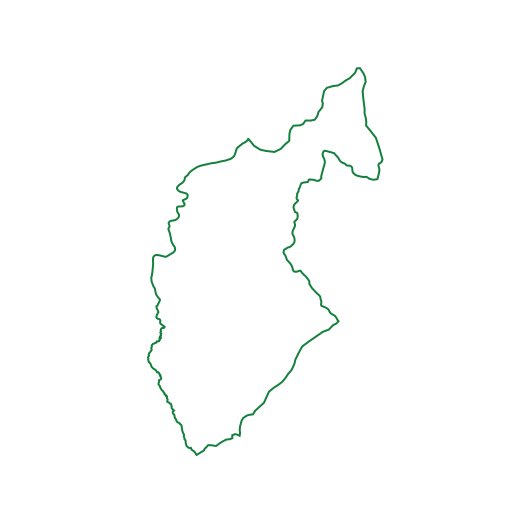 outline of Guatapé, Antioquia, Colombia, rotated 14°
{"feature_id": "7082276B10877531566234", "entity_name": "Guatapé", "entity_type": "district", "adm_level": 2, "iso_a3": "COL", "parent_name": "Colombia", "parent_adm1": "Antioquia", "projection": "orthographic", "projection_center": [-75.163, 6.253], "detail": "fine", "context": "isolated", "style": "outline", "palette": "green", "viewbox_px": 512, "rotation_deg": 14, "n_neighbors": 0, "source": "geoboundaries", "source_scale": "gbopen_adm2", "svg_char_len": 6130}
<svg xmlns="http://www.w3.org/2000/svg" viewBox="0 0 512 512"><g transform="rotate(14 256 256)"><path d="M355.4,131.7L349.3,121.1L343.7,112.3L337.3,107.3L331.2,102.7L330.7,99.7L329.2,95.6L326.9,91.6L325.8,87.0L322.2,77.7L319.6,70.4L319.6,65.0L320.3,60.5L318.5,55.9L316.2,52.9L311.4,48.6L308.4,49.6L307.9,54.2L303.9,60.8L300.4,64.2L297.7,67.5L294.4,70.6L289.4,72.6L284.1,75.7L282.2,79.5L282.5,89.4L284.0,91.9L284.3,95.7L281.8,101.1L281.6,105.4L280.1,109.5L276.4,111.3L271.3,112.6L269.8,116.4L267.3,118.5L260.8,120.5L258.8,125.4L258.9,129.4L260.4,136.3L257.2,140.6L254.2,146.0L248.7,150.6L240.6,151.6L234.8,151.9L227.3,149.5L223.5,146.5L220.3,144.3L220.1,144.3L219.8,145.7L219.4,146.4L217.6,148.6L215.9,150.0L215.2,150.9L211.7,155.5L211.3,156.5L211.0,162.1L210.8,163.3L210.2,165.1L209.3,166.3L207.9,167.9L203.5,170.7L199.7,172.4L194.4,175.2L190.5,176.7L182.1,180.9L180.3,181.9L177.6,183.7L173.6,187.9L171.9,190.1L171.2,191.3L170.2,194.0L168.3,196.5L168.1,197.3L168.2,199.8L167.8,201.0L166.9,202.7L164.5,205.3L163.1,207.7L162.9,208.5L163.0,209.8L164.4,211.1L165.8,211.8L167.1,212.0L173.1,212.2L174.5,212.8L175.0,213.4L175.2,215.6L175.0,216.5L174.6,217.2L171.6,219.5L171.5,219.9L174.2,223.0L174.2,224.0L173.5,225.1L172.9,225.5L168.4,226.9L167.7,227.7L167.6,228.7L168.7,231.7L169.7,233.0L171.1,234.3L171.4,234.9L171.6,235.7L171.6,236.6L171.2,237.9L170.6,239.0L168.9,240.7L167.8,241.3L166.0,242.0L164.4,242.8L163.6,243.9L163.3,244.9L163.4,245.6L164.9,247.9L165.0,248.4L164.4,250.4L164.6,251.3L167.0,254.9L170.8,262.9L172.8,265.1L175.1,267.2L175.7,268.4L176.0,270.1L175.6,271.5L174.8,272.7L169.1,278.4L167.9,278.7L162.2,278.7L159.5,279.0L158.8,279.3L158.1,279.6L156.9,281.0L156.6,281.9L156.7,282.9L157.3,286.3L158.0,287.9L159.2,295.5L159.6,299.2L159.7,302.8L161.0,306.2L163.5,309.8L165.8,312.1L167.6,316.1L168.4,317.4L170.1,319.1L171.7,320.3L172.7,320.9L173.4,321.6L173.3,323.9L172.5,326.6L172.5,327.8L171.5,328.8L172.6,331.3L173.4,332.0L174.9,334.1L174.1,336.9L174.1,339.4L174.9,340.3L175.8,340.6L177.7,340.7L178.1,340.9L178.8,341.7L179.1,344.1L179.3,344.3L180.3,345.0L183.4,346.4L184.3,346.6L184.5,346.9L184.4,347.6L184.1,348.0L182.6,348.5L181.9,349.0L181.6,349.5L181.5,350.3L181.5,351.3L182.1,352.0L181.7,353.4L182.0,353.8L182.9,354.3L182.9,354.5L182.6,355.1L182.6,355.6L183.0,356.0L183.1,356.5L182.4,357.2L182.2,357.8L182.4,358.1L183.3,358.2L183.6,358.8L183.3,359.1L182.5,359.3L183.0,360.0L183.0,360.5L182.5,360.9L182.6,362.0L181.4,362.6L180.5,362.8L180.3,363.2L180.3,364.1L179.3,364.6L179.0,365.1L177.3,366.3L176.5,367.7L176.5,368.1L176.8,368.8L176.7,370.8L177.4,372.1L177.4,372.9L176.7,374.3L176.3,375.6L175.8,376.2L175.7,377.6L176.3,378.6L176.2,379.1L175.9,379.6L175.8,380.6L176.2,381.2L176.6,382.9L177.8,384.9L179.7,386.0L180.7,387.7L181.5,388.7L182.8,389.6L183.9,390.2L185.8,390.7L187.5,391.9L188.1,392.7L188.8,392.8L189.1,392.5L189.9,392.7L190.9,393.9L191.8,394.5L191.8,395.4L192.7,395.7L192.7,396.6L193.4,397.2L193.6,397.6L193.5,398.6L192.0,400.1L192.0,400.5L192.3,401.2L192.3,403.4L192.5,404.2L194.2,405.4L194.6,406.4L197.1,409.0L198.3,409.5L199.2,410.5L200.0,410.8L200.3,411.3L200.6,412.2L201.8,412.4L202.1,413.3L202.5,413.7L202.9,413.7L203.1,413.4L203.3,413.5L203.9,414.2L204.0,415.5L205.0,416.7L205.0,418.5L205.2,418.9L205.8,419.1L206.9,419.2L207.8,419.9L209.1,420.0L209.5,420.4L209.9,421.3L210.5,422.0L210.7,423.4L210.9,423.8L211.9,424.7L213.8,425.7L212.9,427.0L213.0,427.7L213.5,428.9L215.1,429.8L216.2,432.2L216.8,433.1L218.1,434.0L218.6,435.2L220.0,436.3L222.0,436.6L223.0,437.5L223.9,437.7L224.7,438.4L226.9,443.7L229.5,447.1L229.6,448.7L230.7,450.1L231.0,451.2L231.9,451.7L232.5,452.5L232.9,454.2L234.3,456.7L235.1,457.4L236.8,458.3L237.9,458.4L238.5,458.3L239.2,457.9L240.4,459.5L243.3,460.6L245.1,462.0L246.0,463.1L246.5,463.4L252.7,457.1L252.8,455.4L254.0,453.7L255.3,451.1L259.3,450.3L263.3,450.0L265.6,447.0L268.6,443.9L271.6,441.3L274.9,440.1L277.1,438.5L276.3,435.7L278.8,433.9L281.1,433.9L283.6,434.4L283.4,431.9L282.3,428.8L281.8,425.5L281.8,420.0L282.7,416.4L285.7,413.1L288.3,411.5L291.3,410.5L292.7,406.2L299.2,396.5L301.4,384.5L305.4,379.2L308.4,376.1L311.9,371.8L314.1,367.2L315.8,362.4L318.1,358.0L319.3,351.7L319.3,346.9L321.2,338.2L322.7,332.6L327.7,326.5L339.4,313.2L344.4,309.9L347.7,304.2L350.4,302.0L351.8,299.3L350.6,298.4L349.0,296.6L347.4,295.2L346.6,294.8L343.9,294.1L342.4,293.5L341.5,292.9L339.8,291.0L338.9,290.2L336.7,289.3L332.3,288.6L331.4,288.3L330.9,287.6L330.6,285.2L330.3,284.0L329.2,282.5L328.6,280.8L328.0,279.8L326.8,278.9L323.3,277.0L317.7,273.3L314.6,270.2L314.3,269.5L313.9,267.7L312.2,266.0L309.2,263.7L307.1,262.7L305.4,261.6L302.8,259.6L301.8,259.7L300.0,261.0L298.9,261.5L297.2,261.9L296.3,261.7L295.3,260.6L293.9,258.1L292.7,256.5L290.9,254.9L286.9,252.2L284.5,248.6L282.3,246.6L281.8,245.6L281.7,243.9L281.8,243.2L282.1,242.7L283.1,242.0L284.2,240.6L287.1,238.6L287.6,238.0L289.3,235.3L289.9,232.8L289.7,231.6L289.0,229.5L287.6,227.5L286.2,226.0L285.7,224.7L285.6,222.5L286.4,218.6L286.5,217.1L286.2,215.9L284.9,213.7L286.9,210.3L287.0,209.3L286.9,207.3L285.8,204.6L285.4,204.2L283.3,203.9L282.1,202.3L280.7,199.9L280.5,199.3L280.6,197.5L281.0,196.1L283.1,192.8L283.4,192.0L282.9,191.4L282.1,191.1L281.4,190.2L281.2,189.5L281.3,187.3L280.8,185.8L281.6,183.0L281.6,182.2L281.3,180.9L281.9,178.9L282.1,175.9L282.4,174.6L283.0,174.0L284.4,173.2L288.1,171.8L288.7,171.1L288.7,169.4L289.6,168.7L292.1,168.4L293.6,168.0L295.9,168.4L298.0,168.1L298.7,167.8L300.5,165.3L300.6,164.9L300.0,163.0L300.1,153.2L300.3,151.8L300.2,148.7L299.7,147.1L299.2,146.2L298.4,144.9L296.8,143.1L296.1,141.5L295.9,140.9L296.1,138.8L296.6,137.7L297.0,137.3L299.4,137.1L306.8,137.3L311.9,140.7L314.0,142.9L315.0,143.7L316.3,144.3L317.6,144.7L319.6,144.8L320.5,145.2L321.9,146.1L322.9,146.1L324.7,145.7L326.4,145.9L327.0,146.2L328.0,147.2L329.2,150.6L329.9,151.6L331.8,152.8L333.5,153.4L335.0,153.6L338.5,153.6L341.4,153.3L342.6,153.0L343.6,152.5L344.1,152.5L345.4,152.9L347.4,153.6L351.2,153.7L354.3,152.5L355.2,151.9L355.3,148.3L355.0,143.0L354.7,142.0L352.9,138.6L352.7,137.7L352.9,136.7L354.0,135.9L354.9,134.7L355.3,133.3L355.4,131.7Z" fill="none" stroke="#15803d" stroke-width="2"/></g></svg>